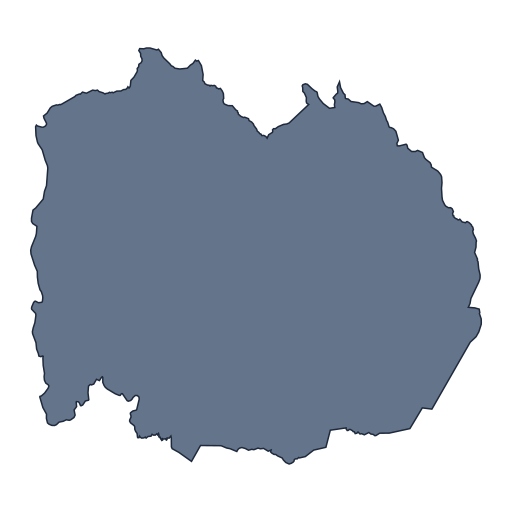 Huanca Sancos, Ayacucho, Peru (Equal Earth projection)
{"feature_id": "86281439B89216609450497", "entity_name": "Huanca Sancos", "entity_type": "district", "adm_level": 2, "iso_a3": "PER", "parent_name": "Peru", "parent_adm1": "Ayacucho", "projection": "equal_earth", "projection_center": [-74.477, -13.931], "detail": "fine", "context": "isolated", "style": "filled", "palette": "slate", "viewbox_px": 512, "rotation_deg": 0, "n_neighbors": 0, "source": "geoboundaries", "source_scale": "gbopen_adm2", "svg_char_len": 5899}
<svg xmlns="http://www.w3.org/2000/svg" viewBox="0 0 512 512"><path d="M470.2,342.2L476.1,336.7L478.8,331.9L481.2,324.4L481.3,322.3L481.2,318.9L479.4,313.6L479.8,312.6L479.2,309.1L474.9,307.9L468.3,307.3L470.0,303.6L470.9,298.5L478.6,282.4L479.9,278.9L480.1,277.0L480.1,274.9L478.7,268.8L478.0,261.7L477.3,260.3L477.5,259.1L474.6,252.5L476.0,247.1L476.1,242.3L476.5,241.0L475.6,238.4L473.3,233.9L472.7,230.9L473.4,229.8L472.8,227.2L471.6,225.7L471.4,224.9L469.4,222.9L467.3,221.6L466.6,221.7L465.6,222.7L462.2,222.0L459.8,219.2L458.7,219.9L457.9,219.8L456.8,218.9L455.6,218.5L454.0,217.2L453.8,215.9L453.0,215.7L452.6,213.3L453.4,211.6L452.2,208.8L450.7,207.7L448.3,207.7L445.6,206.0L444.6,204.6L442.5,200.3L442.0,196.6L441.5,188.3L442.0,182.8L441.6,176.8L440.6,174.5L437.8,171.1L431.5,167.2L431.2,164.9L430.1,162.7L425.9,159.4L424.5,157.8L422.5,152.5L417.6,150.4L415.4,151.5L411.6,151.5L407.8,148.3L407.0,145.1L406.1,144.2L399.4,145.9L397.3,145.8L396.9,143.4L398.4,140.2L395.9,131.3L393.6,128.8L391.1,127.6L389.6,127.4L389.0,126.7L387.6,122.1L386.6,120.5L385.3,116.4L383.4,112.8L381.7,107.5L379.8,104.1L375.6,106.2L373.9,106.2L367.3,101.6L364.1,103.6L361.2,103.8L358.7,102.6L351.0,101.5L348.2,99.0L346.0,98.7L345.3,98.1L345.0,94.7L343.5,93.4L340.6,87.7L339.5,81.8L337.2,87.0L337.8,91.5L337.6,93.2L336.4,94.0L333.2,97.7L333.3,98.2L334.7,99.7L334.9,102.0L334.4,104.6L334.8,107.5L329.5,108.3L323.2,103.5L319.3,98.8L317.9,96.4L317.2,92.6L316.7,91.8L315.1,91.1L312.1,88.8L307.4,84.3L305.3,83.8L302.9,84.7L302.2,85.9L302.7,87.6L302.8,91.4L304.4,93.1L306.4,97.6L306.2,101.2L306.6,103.0L308.7,104.5L289.1,123.0L286.7,124.0L283.5,124.4L278.3,126.6L275.4,128.7L273.5,128.7L272.5,129.9L272.8,131.1L272.4,132.4L268.7,134.7L267.1,138.2L265.9,136.5L263.7,135.4L261.8,135.6L261.0,134.1L259.6,133.6L258.9,132.4L257.3,131.2L256.6,129.1L253.9,125.5L253.4,124.0L251.6,122.0L249.1,120.6L248.5,118.7L244.7,117.2L243.4,117.5L240.8,116.3L238.3,114.1L238.2,112.8L237.5,112.2L237.5,111.0L235.8,109.9L232.3,105.7L228.1,105.6L224.3,104.0L223.4,102.6L223.0,100.4L223.0,99.6L223.7,98.5L223.4,93.6L222.3,91.1L220.4,88.4L218.5,88.9L217.5,88.1L216.5,88.0L215.7,86.2L214.3,85.4L212.6,85.7L210.9,85.3L210.0,86.0L209.1,85.2L207.6,85.1L204.9,83.7L204.3,82.1L202.7,80.5L203.1,74.5L201.4,65.6L198.4,60.5L196.6,61.1L195.4,60.1L193.0,63.4L190.4,65.1L187.4,68.2L179.7,69.0L174.9,68.2L173.0,66.5L171.3,65.8L169.8,63.8L163.8,58.0L162.1,55.6L161.2,52.6L158.4,49.2L156.9,50.0L150.0,48.0L146.4,48.0L143.8,48.8L139.7,48.6L138.8,50.6L140.6,53.4L140.7,56.3L142.0,58.9L142.0,61.1L141.0,62.8L138.9,64.3L138.6,66.8L137.2,68.5L137.4,70.6L137.1,71.7L134.0,77.1L130.9,80.4L130.3,86.0L129.3,87.9L128.9,88.0L127.9,86.8L127.2,88.1L125.8,89.4L123.5,89.6L120.9,91.0L116.8,91.1L113.1,92.8L112.2,92.2L110.3,92.7L109.4,92.3L108.3,93.1L105.7,93.5L105.0,94.0L103.0,92.8L99.1,91.6L97.5,90.1L95.3,90.6L92.7,90.1L86.4,93.2L82.5,92.1L80.3,94.2L79.4,94.0L76.0,95.3L74.8,96.6L60.7,104.7L60.0,104.4L57.8,105.1L56.4,104.9L52.2,106.3L50.3,107.9L47.1,113.1L43.5,116.0L44.0,118.3L46.5,123.2L46.5,124.4L45.5,126.0L43.3,127.2L42.0,127.2L37.5,126.0L36.4,125.1L35.6,126.7L36.0,135.6L37.4,141.9L38.1,143.7L42.2,149.8L45.2,160.2L47.4,165.6L47.8,168.1L46.5,185.7L44.5,191.3L43.2,199.1L35.7,208.0L33.0,210.1L31.5,218.2L31.5,221.4L32.7,223.5L36.9,226.3L36.4,233.4L35.7,236.4L31.5,246.7L30.7,250.2L31.0,253.9L34.6,265.2L37.3,271.3L37.4,277.0L38.2,283.4L40.0,289.8L41.3,291.6L42.6,295.6L42.8,297.8L42.4,301.4L41.8,302.3L38.4,302.7L35.5,301.2L34.7,301.3L33.6,302.5L31.8,306.8L31.5,308.2L31.7,309.3L35.6,313.4L35.9,315.3L34.9,322.6L33.2,327.9L32.4,331.7L32.6,333.7L36.0,342.8L36.6,349.0L38.3,353.4L38.9,356.1L40.9,356.7L42.4,356.0L43.2,356.3L42.9,357.9L43.2,365.5L44.5,373.4L44.1,376.6L44.4,380.1L45.8,383.1L48.3,384.9L48.9,386.0L48.2,388.1L44.6,393.1L41.4,395.9L39.9,396.4L39.8,397.0L42.9,407.6L46.5,414.1L46.4,418.4L47.5,422.9L49.0,424.2L51.8,425.4L54.5,425.5L56.4,424.7L59.1,422.1L63.2,421.3L66.3,419.8L69.3,420.3L70.6,419.9L74.0,417.5L75.1,415.1L74.1,410.0L76.6,406.6L76.2,402.2L76.4,401.6L78.4,401.8L79.2,402.6L80.5,405.6L81.0,405.8L82.7,405.0L85.4,401.0L88.5,400.2L88.8,399.7L88.0,392.8L88.5,386.1L90.2,384.5L91.5,384.9L93.7,384.1L96.5,379.3L99.4,380.6L101.6,377.2L102.4,376.8L102.8,377.5L102.8,382.4L104.1,385.5L105.3,387.3L107.4,389.1L115.3,393.8L119.3,395.4L120.2,395.4L121.4,393.7L122.4,393.7L127.1,400.6L128.3,401.2L130.7,400.5L132.1,399.1L133.0,397.5L135.2,395.5L137.3,395.5L139.0,397.1L139.2,399.2L136.7,409.6L136.0,410.2L132.8,411.0L130.5,412.8L130.3,413.8L130.9,415.5L131.0,417.1L129.7,420.0L129.6,421.1L130.5,422.8L134.1,425.6L134.7,426.7L134.8,429.3L135.6,431.3L137.1,433.5L137.5,437.2L137.8,437.7L138.9,437.7L139.6,436.2L140.0,437.1L141.6,438.1L143.9,437.9L145.3,437.1L146.1,438.1L148.0,436.5L151.0,436.2L152.1,434.3L153.3,435.1L155.3,435.1L156.8,433.8L157.6,434.9L158.5,433.5L159.0,435.0L158.8,436.7L159.3,437.2L160.2,437.2L160.3,438.2L161.8,440.5L162.5,440.1L162.0,438.9L162.2,438.5L163.2,439.1L165.6,438.8L166.1,439.9L166.5,440.1L167.0,439.5L167.1,438.0L169.2,438.1L170.9,436.0L171.3,437.8L171.4,446.9L172.2,448.7L178.9,452.4L191.5,461.4L200.5,445.5L221.1,445.7L226.6,448.0L230.1,448.7L236.8,451.5L238.0,449.4L239.4,448.2L241.8,447.5L245.3,448.5L248.5,450.2L251.8,449.3L253.9,449.7L258.0,448.1L260.4,448.8L263.6,448.4L268.2,451.2L271.1,450.0L270.6,451.9L271.8,453.1L274.0,454.4L275.8,454.5L277.6,455.9L282.2,458.0L283.4,460.0L285.8,462.5L289.1,464.0L291.3,463.3L293.2,462.1L294.0,461.1L294.3,459.6L295.3,458.9L297.4,458.8L298.6,457.5L299.5,457.9L305.3,456.6L313.7,450.1L325.9,447.3L330.3,430.2L346.1,427.9L346.1,428.9L347.2,430.5L348.2,430.4L349.2,429.5L350.4,429.5L352.6,430.8L353.1,431.6L354.3,431.8L355.2,433.6L356.9,433.2L358.0,432.0L360.0,434.0L361.7,433.7L364.3,434.8L368.9,432.5L370.8,434.0L373.2,434.4L374.9,435.7L376.0,435.5L379.7,433.2L389.3,433.1L409.9,428.6L422.3,407.9L431.9,409.1L470.2,342.2Z" fill="#64748b" stroke="#1e293b" stroke-width="1.5"/></svg>